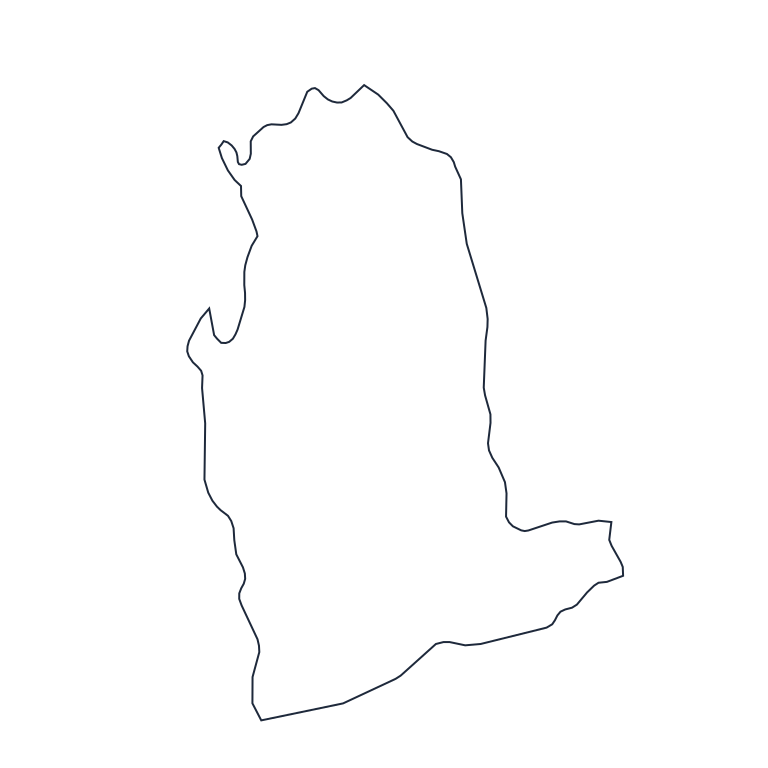 an SVG outline of Vâlcea, rotated 168°
{"feature_id": "ROU-304", "entity_name": "Vâlcea", "entity_type": "County", "adm_level": 1, "iso_a3": "ROU", "parent_name": "Romania", "parent_adm1": "", "projection": "albers", "projection_center": [24.119, 45.04], "detail": "fine", "context": "isolated", "style": "outline", "palette": "slate", "viewbox_px": 768, "rotation_deg": 168, "n_neighbors": 0, "source": "natural_earth", "source_scale": "10m", "svg_char_len": 2129}
<svg xmlns="http://www.w3.org/2000/svg" viewBox="0 0 768 768"><g transform="rotate(168 384 384)"><path d="M190.3,201.7L196.1,184.7L195.0,178.4L189.5,160.8L188.5,155.4L190.0,146.7L207.1,144.1L215.5,145.0L220.4,143.1L228.7,137.9L241.2,128.1L246.6,126.1L253.6,125.8L258.7,124.6L262.5,121.6L265.9,117.4L269.4,114.0L275.6,111.9L343.5,109.6L358.9,111.5L373.4,117.9L379.6,119.2L387.3,118.9L428.3,95.3L433.9,93.2L490.4,80.1L574.0,80.5L579.1,99.0L573.5,124.7L561.7,147.7L560.7,154.0L560.8,160.6L569.3,197.0L570.3,203.9L569.1,209.3L566.1,213.9L562.7,217.8L560.3,222.3L559.5,227.6L560.1,234.0L563.9,248.1L562.9,262.4L561.1,274.2L561.9,281.7L564.0,287.5L570.1,294.6L572.9,298.8L576.1,305.5L578.5,314.2L579.5,327.8L567.1,382.6L562.8,417.9L559.7,430.1L560.1,434.9L562.8,439.8L566.4,444.9L569.1,451.7L569.7,456.8L568.3,461.8L565.7,466.9L549.6,486.2L539.3,494.2L540.0,467.1L537.8,462.9L534.7,458.1L530.3,457.0L526.7,457.4L522.4,459.7L519.0,463.4L515.9,467.7L504.5,488.4L502.4,494.9L501.0,501.9L500.1,509.8L497.3,522.7L495.0,529.0L491.2,536.4L484.7,546.7L477.0,554.9L477.0,559.8L478.8,572.3L484.6,597.4L482.7,607.4L487.7,614.6L492.3,625.4L495.6,638.7L496.6,649.4L493.2,652.1L490.3,654.9L486.6,652.8L483.4,649.0L481.3,645.0L480.2,641.2L480.1,637.4L480.8,631.6L480.1,629.2L477.6,628.0L473.7,628.1L468.6,632.1L466.4,636.9L463.9,649.1L460.5,653.4L448.4,660.4L444.4,661.5L440.1,661.4L430.4,658.8L425.2,658.4L420.7,659.2L415.6,662.1L411.3,666.7L398.3,685.8L393.3,687.9L390.0,687.8L386.9,685.0L383.1,678.1L379.7,674.0L375.9,671.1L371.5,669.1L366.9,668.2L361.5,669.2L357.2,670.7L341.3,680.5L329.5,668.3L322.8,658.0L318.0,649.3L309.6,620.5L305.9,615.3L301.9,611.9L288.2,603.1L281.9,600.3L274.6,595.9L271.4,591.9L269.6,586.5L269.2,581.8L266.2,568.2L271.9,534.8L273.9,503.9L268.1,437.1L269.1,426.0L271.0,418.2L275.6,405.3L287.2,359.7L287.5,351.9L286.2,332.2L287.9,323.8L294.6,304.4L295.1,297.2L293.4,289.3L289.2,278.5L286.1,262.8L286.9,251.5L292.2,228.9L290.5,222.7L287.5,218.0L280.2,212.3L276.9,210.9L273.3,210.7L248.3,213.5L240.9,213.1L234.6,211.8L226.9,207.4L222.3,206.1L202.6,205.7L190.3,201.7Z" fill="none" stroke="#1e293b" stroke-width="2"/></g></svg>